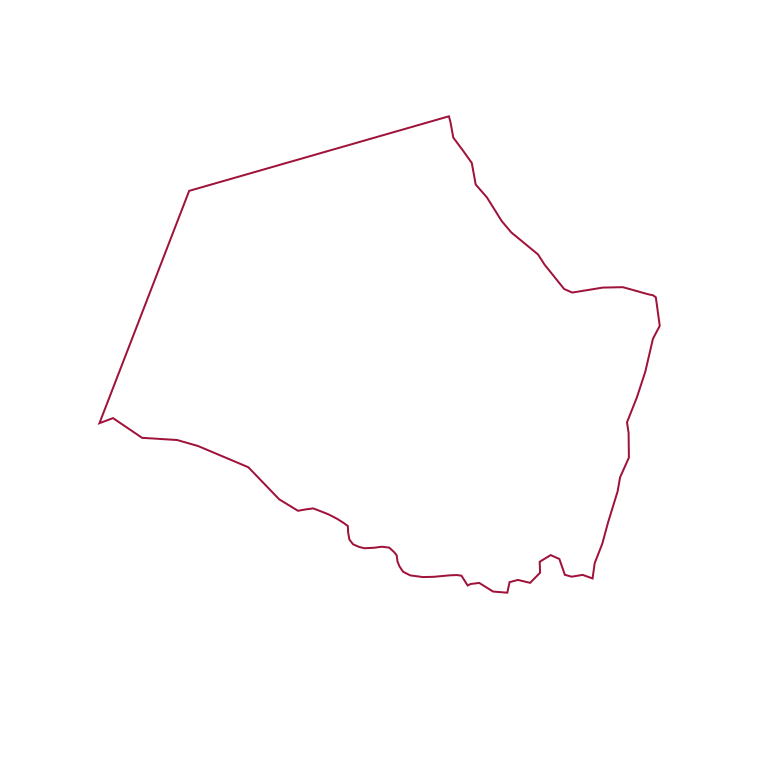 outline of Fond Manger, Anse-la-Raye, Saint Lucia, rotated 255°
{"feature_id": "8701671B97170128709946", "entity_name": "Fond Manger", "entity_type": "district", "adm_level": 2, "iso_a3": "LCA", "parent_name": "Saint Lucia", "parent_adm1": "Anse-la-Raye", "projection": "orthographic", "projection_center": [-61.01, 13.964], "detail": "fine", "context": "isolated", "style": "outline", "palette": "rose", "viewbox_px": 768, "rotation_deg": 255, "n_neighbors": 0, "source": "geoboundaries", "source_scale": "gbopen_adm2", "svg_char_len": 1173}
<svg xmlns="http://www.w3.org/2000/svg" viewBox="0 0 768 768"><g transform="rotate(255 384 384)"><path d="M625.8,516.0L621.0,245.8L419.8,99.0L421.2,113.4L394.6,136.4L383.5,169.5L372.3,188.2L338.7,231.4L299.6,253.0L283.8,268.1L283.1,276.1L282.2,283.3L279.3,287.4L272.5,296.6L265.8,303.9L259.6,309.6L256.1,312.3L249.6,310.9L242.7,310.3L237.1,312.7L232.9,318.0L230.4,322.7L228.4,332.0L227.4,339.7L224.6,346.7L219.1,350.2L215.3,351.9L209.1,351.1L204.0,351.7L197.8,353.8L192.4,359.7L187.4,371.7L184.8,382.6L182.9,393.8L182.0,398.8L180.6,404.9L178.8,409.2L168.6,412.4L167.7,412.7L168.4,415.9L167.2,424.5L155.3,435.6L150.5,449.1L160.1,454.0L160.1,462.6L154.1,473.7L161.3,485.9L172.0,488.4L175.6,500.7L169.6,508.1L152.9,509.3L149.3,515.4L148.2,526.5L142.2,535.1L156.5,541.2L173.2,553.5L192.3,564.6L219.7,581.8L232.8,587.9L249.5,601.5L273.4,607.6L284.1,608.8L305.6,624.8L328.3,639.6L358.1,655.5L368.8,665.4L397.4,669.0L400.0,666.9L402.3,662.4L415.7,639.8L420.5,620.3L423.6,589.5L429.1,582.6L457.7,570.0L469.3,566.3L497.4,546.2L510.8,539.9L537.6,531.7L552.9,524.2L574.8,526.0L588.2,521.0L604.1,514.7L619.9,516.0L625.8,516.0Z" fill="none" stroke="#9f1239" stroke-width="2"/></g></svg>